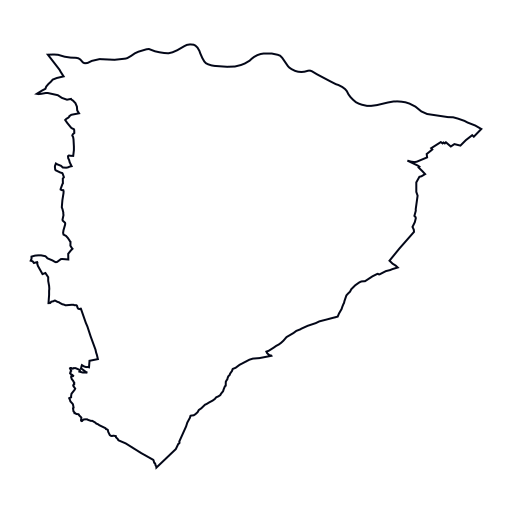 the district of Campulung La Tisa, Maramures, Romania
{"feature_id": "2599482B2872053894930", "entity_name": "Campulung La Tisa", "entity_type": "district", "adm_level": 2, "iso_a3": "ROU", "parent_name": "Romania", "parent_adm1": "Maramures", "projection": "natural_earth1", "projection_center": [23.748, 47.96], "detail": "fine", "context": "isolated", "style": "outline", "palette": "ink", "viewbox_px": 512, "rotation_deg": 0, "n_neighbors": 0, "source": "geoboundaries", "source_scale": "gbopen_adm2", "svg_char_len": 5771}
<svg xmlns="http://www.w3.org/2000/svg" viewBox="0 0 512 512"><path d="M156.4,467.6L175.8,449.1L178.3,443.9L179.3,443.3L179.5,442.3L179.3,441.5L186.1,426.4L187.3,422.6L189.9,417.8L190.5,415.8L191.0,415.6L193.7,415.3L195.4,414.2L197.6,412.2L198.8,410.0L201.3,408.3L205.0,404.7L206.6,404.0L209.2,402.4L212.6,400.6L214.8,399.0L216.2,397.3L218.3,396.4L220.3,395.1L221.1,393.6L223.1,391.2L223.6,389.5L224.6,387.0L224.9,386.3L225.7,385.7L225.8,381.8L226.5,380.4L227.3,379.4L227.6,378.1L228.3,376.3L229.7,374.9L230.1,373.6L232.1,370.8L232.5,369.3L232.8,368.9L235.6,367.8L239.6,364.8L249.4,359.7L252.9,358.6L259.4,358.1L271.4,355.8L271.3,355.6L269.5,355.2L268.5,354.5L267.1,353.1L266.4,351.6L268.7,350.8L273.6,347.7L276.3,345.8L278.8,344.5L281.1,342.8L283.4,340.7L286.5,337.1L293.5,333.0L296.3,330.9L300.4,329.3L301.3,328.7L307.7,325.8L315.8,323.1L319.3,321.4L337.7,316.6L339.0,313.5L341.6,309.0L342.3,306.8L343.4,304.1L344.0,303.0L344.5,300.9L346.4,295.4L348.1,293.5L350.0,291.7L351.3,289.2L355.2,285.3L359.0,282.6L360.5,281.8L361.7,281.4L365.0,281.2L372.5,276.3L376.9,274.1L377.8,273.8L378.9,274.4L379.5,274.4L385.9,271.1L390.0,270.1L392.4,269.1L397.7,267.5L395.7,265.6L392.6,263.7L389.5,260.7L399.5,248.4L414.0,231.9L413.8,229.7L412.5,226.9L414.8,222.2L415.8,218.2L415.6,217.2L414.4,215.9L415.8,210.7L415.7,209.3L417.6,195.7L416.3,191.9L416.3,182.4L419.4,176.8L421.4,176.3L425.1,174.1L422.2,171.0L418.6,167.5L419.4,166.7L417.8,165.6L407.4,160.6L410.9,161.6L414.4,162.1L416.8,161.7L427.1,157.4L426.7,154.0L432.3,149.5L431.2,148.2L440.8,142.1L442.6,143.4L443.5,142.5L444.8,143.4L445.9,142.3L450.8,146.5L454.4,144.1L460.4,145.6L465.9,140.1L472.2,135.2L473.8,136.7L481.3,129.0L475.2,125.5L467.5,122.5L464.5,120.9L457.9,118.6L453.2,117.3L447.9,117.1L427.1,114.0L421.3,111.4L415.4,106.6L409.5,103.6L405.5,102.3L401.5,101.7L397.5,101.4L393.4,101.5L387.9,102.5L376.9,105.1L370.9,105.9L367.1,105.9L361.8,104.7L358.7,103.6L355.9,102.2L353.0,99.7L350.5,97.1L348.5,94.4L346.8,91.1L345.1,89.1L342.3,87.0L338.4,85.0L335.9,84.2L330.6,81.5L317.0,74.3L311.8,71.2L310.0,70.6L308.2,70.7L304.5,71.7L301.3,72.0L298.0,71.7L295.1,70.9L291.5,69.1L289.2,67.5L287.9,66.1L282.2,57.8L280.1,55.7L277.8,54.8L271.6,53.5L263.8,53.5L260.7,54.0L257.4,55.1L254.1,56.9L251.6,58.8L249.6,60.7L244.8,63.5L241.0,65.0L235.0,66.5L227.2,66.8L214.5,65.9L211.5,65.4L208.1,64.3L205.9,63.2L204.3,61.5L202.3,58.0L200.2,53.2L199.4,50.9L197.5,47.6L195.4,45.6L193.6,44.7L190.1,44.4L186.9,44.9L184.4,46.1L177.3,50.2L172.5,52.3L168.4,53.3L164.1,53.0L159.6,52.3L155.0,51.3L148.9,49.0L146.4,49.3L138.4,51.7L134.9,53.3L131.1,55.9L127.3,58.1L125.5,58.6L114.5,59.8L99.6,59.1L91.8,60.9L87.7,62.9L85.8,63.2L84.2,63.1L82.9,62.4L80.3,59.5L78.4,58.3L76.0,57.8L70.6,57.6L64.6,56.7L58.1,54.8L53.9,54.5L47.9,54.7L59.5,69.7L60.7,71.9L63.6,76.4L56.8,78.0L52.7,79.6L50.9,81.7L48.4,84.0L46.2,86.6L45.4,88.8L42.3,90.4L36.8,93.8L38.4,94.1L41.3,93.8L45.8,93.0L47.8,93.0L57.8,95.2L61.9,97.9L67.0,99.7L71.0,98.9L71.3,99.5L73.0,100.6L75.4,103.1L76.9,106.6L77.2,110.4L79.0,113.3L71.3,114.8L69.4,116.1L69.4,116.5L68.4,117.6L66.4,118.8L65.2,120.0L67.2,122.9L71.2,127.8L72.3,128.5L73.8,129.1L74.2,130.0L74.3,133.0L73.0,134.1L72.6,134.7L72.3,135.6L73.1,137.0L73.5,139.3L73.9,146.6L73.9,150.1L73.2,155.9L70.7,155.8L68.9,155.5L68.0,156.2L68.2,158.2L69.1,160.0L69.7,162.3L71.6,166.2L69.7,166.6L67.9,167.4L66.3,167.7L62.8,167.5L61.0,165.8L57.2,164.3L55.9,163.5L55.0,165.9L54.9,166.9L55.2,169.6L55.7,170.3L60.3,172.5L62.3,173.1L62.7,173.8L63.9,177.2L62.8,178.6L62.9,183.4L62.4,184.1L60.7,188.8L60.6,189.5L61.7,190.1L63.3,190.2L63.6,191.3L63.5,193.2L62.4,200.1L61.8,207.3L62.5,209.2L63.3,212.5L63.3,213.8L63.5,215.1L62.5,219.7L62.7,220.6L65.0,222.7L65.2,223.3L65.1,224.7L63.5,230.2L63.1,232.8L63.5,234.6L66.0,235.9L67.8,237.9L69.6,240.6L70.0,241.4L70.5,241.8L70.4,245.7L71.8,248.0L72.5,248.8L70.9,250.4L68.2,253.8L68.3,259.5L62.3,259.0L60.9,259.1L57.2,261.9L55.9,262.2L54.8,261.8L52.4,260.4L47.4,258.3L46.3,257.0L45.3,256.2L40.9,255.3L38.6,255.3L35.1,255.6L31.5,256.6L31.5,258.8L30.7,260.7L32.1,261.1L32.9,261.6L33.9,263.0L37.1,262.1L37.4,262.7L37.2,263.6L37.9,265.9L42.5,274.1L45.4,273.0L48.2,277.2L48.2,280.9L49.1,285.9L49.3,288.8L49.1,290.8L49.1,294.9L48.5,303.1L49.1,303.1L49.5,302.7L50.3,302.9L51.3,301.7L53.6,301.2L54.4,300.6L55.2,300.6L57.3,301.8L59.0,302.3L59.6,302.8L62.4,304.3L63.6,304.5L65.6,305.3L71.4,304.8L73.5,304.8L74.4,305.2L76.1,305.2L76.5,305.3L77.1,306.0L77.2,306.7L77.8,308.2L78.4,308.8L79.8,309.1L80.6,309.1L80.7,308.7L80.9,308.7L85.8,322.8L87.4,326.5L90.6,336.3L95.5,349.7L96.1,352.5L96.9,354.9L97.9,359.1L89.5,360.8L89.0,367.3L87.9,367.0L86.8,367.1L85.4,366.9L83.8,366.3L81.9,365.1L81.7,365.6L81.0,368.5L82.1,369.1L85.8,371.9L87.3,372.6L82.6,372.5L79.4,371.6L79.9,370.5L79.6,369.9L75.5,368.1L73.6,368.1L72.8,368.7L71.1,368.0L70.4,368.0L70.0,368.3L71.2,370.9L70.6,371.5L70.6,372.3L70.2,372.8L70.1,373.3L70.8,374.1L72.4,375.0L73.2,375.8L73.0,376.1L71.3,376.2L71.1,377.0L71.8,379.2L73.2,380.8L73.4,381.6L74.2,382.5L74.3,382.9L74.0,383.5L74.2,383.8L74.2,384.4L73.3,385.0L73.2,385.4L73.4,386.1L75.2,388.6L74.6,389.8L71.5,393.7L71.1,396.0L71.1,397.3L69.2,398.2L70.0,400.0L70.4,401.4L72.7,403.9L73.0,404.6L73.6,407.7L73.0,408.2L73.5,411.4L74.7,412.7L74.6,413.2L75.4,413.3L76.3,414.0L78.3,414.2L78.8,414.5L79.1,415.3L81.1,417.3L81.4,417.8L81.0,420.2L81.2,420.8L81.7,421.1L82.1,421.0L82.9,420.0L84.0,419.4L87.0,419.3L88.1,419.9L91.0,420.9L92.4,420.9L93.4,421.5L95.3,422.6L96.3,423.6L97.9,424.2L99.3,425.2L105.5,428.2L106.0,429.1L106.7,429.2L107.8,429.9L108.2,431.8L109.8,435.1L111.1,435.9L112.0,436.0L113.3,435.7L115.8,436.1L116.0,437.3L117.8,439.1L118.2,440.0L118.7,440.4L125.7,443.4L141.2,453.1L153.3,459.9L153.6,460.5L154.1,462.4L154.4,463.0L155.1,463.4L155.6,465.4L156.3,466.5L156.4,467.6Z" fill="none" stroke="#020617" stroke-width="2"/></svg>